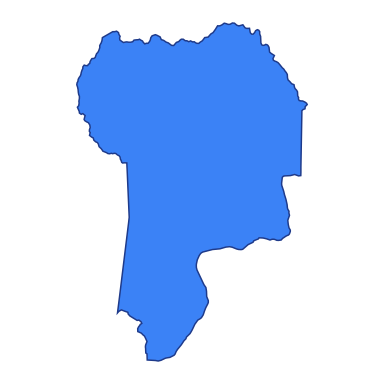 the district of Santa Maria da Boa Vista, Pernambuco, Brazil
{"feature_id": "56859067B41266149437211", "entity_name": "Santa Maria da Boa Vista", "entity_type": "district", "adm_level": 2, "iso_a3": "BRA", "parent_name": "Brazil", "parent_adm1": "Pernambuco", "projection": "robinson", "projection_center": [-39.926, -8.695], "detail": "fine", "context": "isolated", "style": "filled", "palette": "blue", "viewbox_px": 384, "rotation_deg": 0, "n_neighbors": 0, "source": "geoboundaries", "source_scale": "gbopen_adm2", "svg_char_len": 4160}
<svg xmlns="http://www.w3.org/2000/svg" viewBox="0 0 384 384"><path d="M147.2,360.0L155.4,360.5L158.2,361.0L161.0,360.3L165.4,358.2L167.2,357.8L169.9,357.4L174.0,355.3L175.0,354.2L176.2,351.4L177.6,349.3L181.3,344.8L184.0,340.7L185.9,338.8L186.5,337.0L190.0,333.6L191.1,331.8L192.0,330.2L192.6,329.0L194.8,324.3L197.8,320.1L200.5,318.5L201.5,317.6L203.2,314.9L204.6,310.7L205.7,307.9L207.9,303.6L208.3,302.4L208.3,300.6L206.7,296.6L206.5,291.2L205.9,287.5L204.7,285.8L203.9,284.6L197.0,270.0L196.4,267.6L196.3,265.3L196.4,264.0L197.3,259.8L199.2,255.6L200.4,253.8L201.4,252.8L202.9,252.0L212.6,249.5L220.0,248.8L225.8,247.1L229.5,246.7L232.2,247.2L236.7,249.0L238.8,249.5L241.2,249.6L242.7,249.3L245.6,246.8L248.1,244.6L253.0,242.3L253.7,240.9L255.1,240.2L258.4,238.9L259.1,237.8L263.1,238.0L266.5,238.8L270.0,240.0L272.0,239.3L273.3,239.2L274.7,239.4L276.8,240.3L278.6,240.4L281.2,240.0L282.6,238.4L283.8,237.6L285.7,236.3L287.0,235.6L288.5,235.0L289.4,234.0L290.3,231.5L290.3,230.1L289.0,227.8L288.3,224.7L288.0,222.3L287.8,220.2L289.5,215.3L288.9,213.0L289.0,211.2L287.8,209.3L287.4,207.8L287.1,204.6L286.0,199.6L285.0,196.3L284.5,194.8L283.7,191.3L281.7,185.2L281.6,183.3L282.3,177.3L283.4,176.2L284.7,175.9L290.4,175.6L294.7,174.5L298.6,175.9L300.8,175.6L300.9,172.1L300.9,167.2L301.1,155.1L301.9,110.7L303.1,109.5L305.0,108.8L305.2,106.6L307.2,104.6L306.6,103.3L305.0,102.1L302.7,101.0L300.7,100.9L299.2,100.5L298.4,99.0L298.6,97.6L297.7,95.9L297.5,91.8L296.6,90.2L295.1,88.6L294.5,87.3L294.0,84.7L291.6,83.7L290.1,81.9L288.0,79.8L287.5,77.8L287.3,74.4L286.2,72.5L285.0,71.0L283.7,69.0L282.3,67.8L279.6,64.4L278.1,62.7L276.5,61.7L274.6,61.0L273.3,60.1L273.0,58.6L274.4,55.5L271.0,53.3L269.6,52.1L269.0,47.3L268.0,45.5L267.0,44.7L265.7,44.4L264.6,45.1L263.0,45.4L261.8,44.9L260.9,43.0L260.6,36.3L259.7,34.0L259.7,31.6L258.7,30.2L257.3,29.7L255.6,30.7L254.6,32.6L253.2,34.1L251.8,34.2L250.6,33.2L250.1,31.9L249.5,28.3L246.7,28.4L245.2,27.9L244.3,26.8L242.9,24.8L238.9,25.9L236.8,25.2L234.5,23.2L232.4,23.0L230.0,24.3L228.1,24.4L226.0,23.6L224.2,23.2L221.9,24.9L220.2,25.7L219.0,25.9L217.6,25.8L215.5,29.2L213.1,32.6L210.9,33.9L208.1,37.1L204.7,37.6L203.9,38.7L202.3,40.8L200.1,42.2L198.8,43.4L196.7,43.3L195.3,42.6L194.4,41.8L192.5,41.9L190.6,40.9L188.8,41.7L187.0,40.8L185.2,40.7L183.2,39.2L181.3,39.2L180.0,40.2L178.7,41.6L176.4,42.4L173.7,45.5L171.6,45.4L168.3,42.9L166.1,42.1L163.7,40.4L161.3,39.6L160.1,36.9L156.8,35.2L155.3,34.7L152.1,35.8L150.8,37.7L150.2,40.3L149.4,41.7L148.1,43.3L146.2,43.3L144.8,43.9L143.3,42.4L142.5,41.0L140.6,40.0L139.5,39.2L138.3,39.7L136.6,39.8L134.0,40.1L132.7,41.7L130.7,42.2L128.6,42.2L126.9,41.9L125.7,42.0L123.4,42.5L121.7,41.4L119.8,39.9L119.6,37.9L120.1,36.3L118.9,34.4L118.5,32.6L116.6,31.2L114.5,31.7L112.7,31.7L102.4,37.6L102.0,40.5L101.2,42.9L100.3,44.4L99.7,45.7L99.8,47.5L99.3,49.1L98.7,50.8L97.7,52.6L96.6,53.6L95.7,55.9L95.2,57.5L94.0,58.4L91.9,58.6L90.9,60.1L90.1,61.6L89.7,63.5L88.4,64.3L87.6,65.6L85.8,65.6L84.2,65.1L82.9,66.8L82.8,68.6L82.0,70.2L81.3,72.3L80.9,74.4L80.4,75.8L79.1,77.6L78.2,79.3L77.9,81.4L77.1,82.8L76.8,84.8L77.6,87.2L78.1,89.6L78.3,92.2L78.7,94.5L79.4,96.2L79.4,98.4L78.9,101.2L79.1,103.2L78.7,105.7L77.4,107.2L79.3,111.6L79.4,113.0L81.2,114.3L82.8,113.6L85.1,115.5L84.1,119.4L84.7,120.6L86.5,121.8L88.4,122.7L89.8,125.0L90.2,127.5L89.4,129.9L89.4,131.5L90.2,132.6L89.5,135.4L91.5,137.0L93.3,138.0L93.8,140.1L95.6,141.8L97.3,142.5L98.2,143.7L99.1,146.7L101.0,148.5L101.9,149.6L102.9,151.2L106.6,152.7L107.7,153.5L109.4,153.8L111.4,153.3L112.7,153.7L114.2,153.3L115.8,153.5L117.4,154.9L119.2,155.8L120.1,157.2L120.4,159.2L121.2,160.6L121.7,162.3L122.6,163.0L124.7,162.8L126.8,162.9L126.9,164.5L127.0,167.2L127.1,168.9L129.2,217.3L128.6,222.7L119.5,297.0L117.5,312.9L118.9,311.3L121.4,309.9L124.7,311.2L127.9,312.3L128.1,313.9L129.8,315.9L137.1,320.4L138.9,320.1L141.0,321.7L141.8,323.4L140.3,324.4L139.5,325.7L138.5,327.0L137.7,328.7L137.8,331.6L139.3,332.2L141.4,333.2L142.8,334.7L144.4,336.0L145.2,337.5L147.0,341.5L146.5,342.8L145.6,345.1L145.4,346.9L145.6,348.5L145.7,351.1L145.8,353.0L147.0,353.9L147.1,356.8L147.2,360.0Z" fill="#3b82f6" stroke="#1e3a8a" stroke-width="1.5"/></svg>